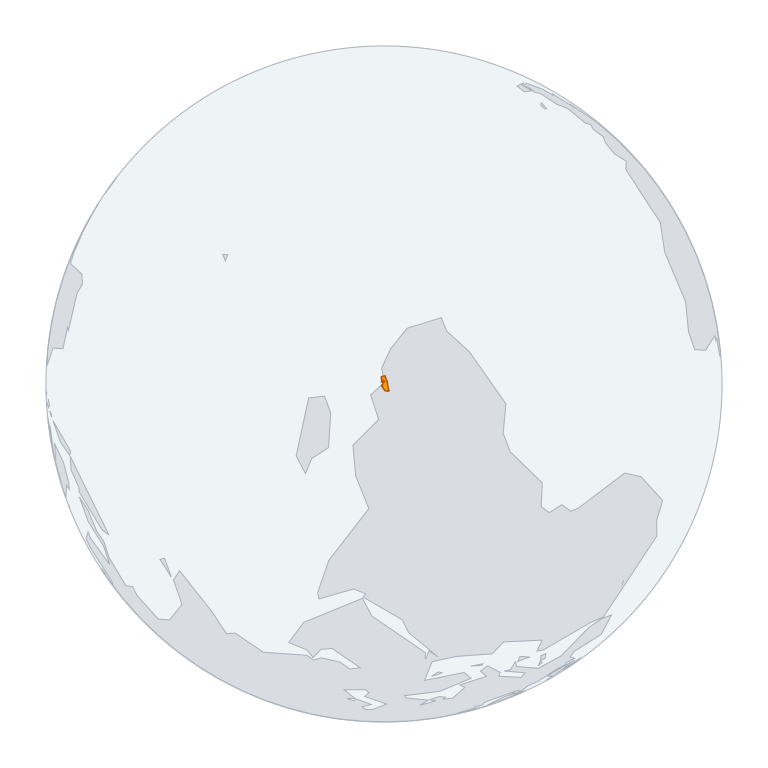 Maputo highlighted on a globe, orthographic projection, rotated 169°
{"feature_id": "MOZ-1927", "entity_name": "Maputo", "entity_type": "Province", "adm_level": 1, "iso_a3": "MOZ", "parent_name": "Mozambique", "parent_adm1": "", "projection": "orthographic", "projection_center": [32.628, -25.536], "detail": "fine", "context": "on_globe", "style": "filled", "palette": "amber", "viewbox_px": 768, "rotation_deg": 169, "n_neighbors": 0, "source": "natural_earth", "source_scale": "10m", "svg_char_len": 6642}
<svg xmlns="http://www.w3.org/2000/svg" viewBox="0 0 768 768"><g transform="rotate(169 384 384)"><circle cx="384" cy="384" r="338" fill="#eef3f6" stroke="#a8b0b8"/><path d="M47.8,349.5L48.9,346.3L49.0,356.0L48.4,365.9L50.0,363.1L50.1,368.3L61.9,355.8L72.4,358.4L75.1,377.2L72.2,407.4L83.3,459.7L81.9,490.0L90.8,511.4L105.7,548.8L103.6,556.3L113.8,565.9L120.5,578.4L121.7,585.0L130.2,594.4L131.5,599.1L136.5,601.6L150.9,619.2L161.0,625.6L174.6,638.9L181.2,642.1L181.9,643.9L185.8,647.7L190.2,650.4L186.8,652.1L172.1,643.1L163.1,635.4L163.7,637.1L143.3,618.0L148.5,623.8L125.4,600.6L107.3,577.4L88.1,547.1L76.6,524.3L66.8,500.6L58.9,476.3L52.9,451.4L48.7,426.2L46.5,400.7L46.2,375.1L47.8,349.5ZM196.5,651.0L189.1,653.1L191.4,651.2L182.9,643.6L190.5,644.1L196.5,651.0ZM175.7,629.8L171.8,623.2L173.9,623.4L177.0,628.1L175.7,629.8ZM350.9,47.7L344.5,48.4L340.7,49.1L343.7,49.2L329.7,53.1L319.3,55.2L318.9,52.9L304.1,56.1L309.8,54.3L350.9,47.7ZM393.4,46.2L395.4,46.3L420.4,48.0L445.3,51.7L469.8,57.2L493.9,64.4L517.3,73.5L540.0,84.3L561.9,96.7L582.7,110.7L602.5,126.2L621.0,143.2L638.3,161.5L654.1,181.0L668.5,201.6L681.2,223.3L692.4,245.8L691.9,244.9L693.7,249.2L688.5,238.2L688.6,241.5L703.9,280.6L705.9,289.2L702.7,295.2L701.4,288.2L687.6,259.0L690.1,277.9L700.7,305.9L704.6,331.2L698.6,316.6L694.1,294.2L689.2,283.3L686.9,265.8L675.9,235.3L669.6,233.1L666.6,223.1L650.5,196.4L639.5,193.3L624.4,206.2L628.0,231.9L620.3,239.6L596.7,194.2L586.3,169.0L577.7,167.9L553.5,143.7L511.5,132.4L505.7,126.4L497.7,127.2L480.7,119.6L471.8,110.7L461.5,110.0L485.3,134.2L496.4,135.6L505.8,129.0L510.4,137.7L526.8,148.4L508.3,165.3L446.1,177.7L440.3,158.7L394.4,112.1L396.0,107.7L395.8,107.2L395.2,106.3L390.8,113.5L383.0,105.9L407.2,135.1L411.1,149.1L445.2,178.8L442.0,181.6L453.0,188.6L488.8,185.4L488.9,191.9L471.9,221.3L422.6,264.6L429.3,299.2L426.2,329.8L396.0,350.2L399.2,375.8L383.7,385.1L383.1,400.3L371.0,417.1L350.6,434.3L315.2,438.2L312.4,424.0L293.9,399.1L268.1,341.2L276.4,312.9L273.1,293.5L247.5,256.7L253.1,233.6L246.3,226.2L232.4,231.6L224.7,223.2L216.4,225.3L164.7,250.6L149.5,244.1L132.7,216.4L142.4,198.0L145.2,182.7L213.1,113.4L226.4,110.6L278.5,92.5L284.8,92.6L277.5,102.4L315.7,108.0L329.4,98.5L365.2,102.8L389.8,102.2L400.7,85.3L360.4,85.5L354.7,78.5L387.9,71.7L423.2,74.1L422.1,71.6L400.8,65.2L409.9,61.8L393.5,63.1L399.4,65.4L389.3,66.7L383.3,64.8L386.7,63.3L376.4,62.5L362.5,70.8L367.0,74.1L339.2,77.5L344.1,83.7L336.1,87.6L325.0,78.8L326.9,75.2L305.3,69.8L300.8,73.6L320.9,79.4L314.2,79.5L308.2,86.3L307.4,81.3L286.8,75.5L262.3,83.2L229.4,105.9L215.6,112.1L204.8,113.8L218.6,96.8L248.1,85.3L253.4,80.6L249.1,78.4L258.4,75.6L260.2,73.7L271.5,70.2L289.0,62.9L300.7,60.0L309.1,55.7L316.3,54.1L309.2,56.8L310.6,57.8L339.9,53.4L346.0,52.1L349.1,50.1L356.8,49.8L356.1,48.5L373.7,47.2L351.6,48.2L354.7,47.4L360.4,46.9L393.4,46.2ZM188.6,141.1L186.5,145.5L188.6,141.1ZM460.4,87.4L481.7,91.5L472.6,81.1L480.1,82.2L474.2,78.7L471.8,80.4L457.6,71.8L467.0,71.3L464.6,68.2L457.3,66.7L442.4,69.3L462.7,81.1L457.6,83.9L460.4,87.4ZM259.3,70.2L262.6,69.3L257.4,71.8L242.6,78.0L249.9,74.2L259.3,70.2ZM268.4,67.7L272.2,65.1L281.5,62.0L275.6,64.0L281.5,62.2L273.5,65.1L278.8,65.7L274.6,68.1L249.5,76.7L260.0,72.2L256.2,73.0L268.4,67.7ZM292.8,88.1L297.8,87.6L305.9,85.9L302.3,90.6L292.8,88.1ZM278.3,84.0L283.0,82.6L281.8,87.4L276.6,88.4L278.3,84.0ZM286.5,78.1L283.3,82.1L281.9,80.5L286.5,78.1ZM313.7,55.8L318.8,54.7L318.9,55.0L315.7,56.2L313.7,55.8ZM393.3,87.9L385.7,91.0L382.2,89.5L385.5,88.7L393.3,87.9ZM341.4,89.2L352.8,90.5L340.3,90.5L341.4,89.2ZM516.3,535.2L517.5,542.0L512.6,540.8L516.3,535.2ZM483.9,330.3L460.6,384.7L444.6,383.4L441.8,365.8L450.5,332.2L469.1,324.7L478.2,311.1L483.9,330.3ZM716.5,425.5L716.6,432.2L716.4,433.4L716.5,425.5ZM716.7,414.9L717.4,421.4L716.0,417.1L716.7,414.9ZM717.6,423.9L718.2,427.3L718.5,427.6L718.1,430.2L717.6,423.9ZM715.9,411.0L708.4,389.4L704.4,377.5L706.2,374.0L712.6,388.6L715.9,411.0ZM705.8,373.2L698.6,346.2L682.8,288.3L688.6,294.5L703.9,336.5L703.1,339.9L707.5,358.9L705.8,373.2ZM719.9,376.5L718.9,388.9L715.6,375.9L713.6,368.4L712.3,347.4L713.1,340.7L715.0,345.2L717.9,333.4L719.8,346.5L719.9,353.3L721.2,370.0L719.9,376.5ZM629.6,235.0L637.4,254.6L632.7,254.8L629.6,235.0ZM716.5,323.9L716.8,325.9L716.2,322.2L716.5,323.9ZM696.8,257.0L695.0,253.9L693.3,249.6L694.6,251.3L696.8,257.0ZM610.7,634.6L606.7,638.1L608.7,636.0L621.3,624.4L616.9,628.8L610.7,634.6ZM630.4,615.3L629.9,615.7L637.2,607.3L652.6,588.5L651.5,589.2L657.8,581.7L653.7,586.0L662.8,573.1L668.8,562.1L659.7,549.6L661.0,539.4L667.9,531.9L683.4,497.1L683.7,500.0L692.5,479.8L702.0,482.5L711.1,466.5L708.0,479.9L708.3,479.0L699.9,504.0L689.6,528.3L677.4,551.7L663.4,574.1L647.7,595.3L630.4,615.3ZM717.2,440.4L716.5,440.3L717.7,437.1L717.4,438.8L717.2,440.4ZM721.9,389.5L721.7,391.3L720.8,410.3L720.3,413.9L721.4,393.8L720.1,407.8L719.9,404.3L720.8,389.1L721.5,376.1L721.7,372.6L721.8,375.3L721.9,379.2L721.6,376.5L721.7,387.2L721.9,388.8L721.9,389.5Z" fill="#d9dde1" stroke="#a8b0b8" stroke-width="1"/><path d="M381.3,391.7L381.3,390.2L381.3,389.7L381.0,389.2L380.9,388.4L380.9,388.2L381.1,387.8L381.1,387.6L381.1,387.4L381.0,387.2L381.0,386.8L380.7,386.7L380.4,386.5L380.2,385.8L380.2,385.6L380.4,384.9L380.5,384.8L380.6,384.7L380.6,384.1L380.5,383.9L380.5,383.7L380.5,383.3L380.6,383.0L380.6,381.8L380.6,380.8L380.6,380.1L380.6,379.1L380.5,378.3L380.6,377.9L380.6,377.4L380.4,377.0L380.2,376.6L380.3,376.5L381.0,376.2L381.6,376.3L381.9,376.4L382.0,376.4L382.1,376.5L382.7,376.6L382.8,376.6L383.2,377.0L383.4,377.1L383.5,377.2L383.8,377.2L384.0,377.2L384.4,377.3L384.5,377.4L384.4,377.5L384.5,378.1L384.7,378.4L385.0,378.9L385.1,379.0L385.2,379.3L385.3,379.4L385.6,379.5L385.6,380.0L385.6,380.3L385.6,381.1L385.8,381.2L386.0,381.3L386.0,381.5L386.0,381.8L386.0,382.0L386.4,382.1L386.5,382.1L386.7,382.3L386.7,382.5L386.7,382.8L386.7,383.1L385.3,384.0L385.2,384.2L384.9,384.6L384.8,384.9L384.7,385.2L384.6,385.4L384.6,385.7L384.4,385.7L384.4,385.8L384.3,386.0L384.2,386.2L383.6,385.9L383.5,386.3L383.4,386.4L383.3,386.5L383.2,386.5L383.2,386.8L383.3,386.8L383.3,386.6L383.5,386.6L383.6,386.8L383.8,386.9L383.9,387.0L384.0,387.1L384.1,387.3L384.2,387.5L384.3,387.8L384.5,387.8L384.8,388.1L385.0,388.3L385.3,388.4L385.3,388.2L385.3,387.9L385.4,387.7L385.4,387.4L385.5,387.3L385.7,387.2L385.7,387.4L385.6,388.3L385.5,389.9L385.5,390.4L385.4,390.5L385.4,390.8L385.4,391.3L385.3,391.5L384.6,391.8L383.8,391.8L383.2,391.8L382.6,391.8L382.3,391.8L381.9,391.7L381.7,391.7L381.3,391.7ZM385.5,387.1L385.4,386.9L385.5,386.7L385.9,386.6L385.8,386.8L385.8,387.0L385.7,387.1L385.6,386.9L385.5,387.1Z" fill="#f59e0b" stroke="#b45309" stroke-width="1.5"/></g></svg>